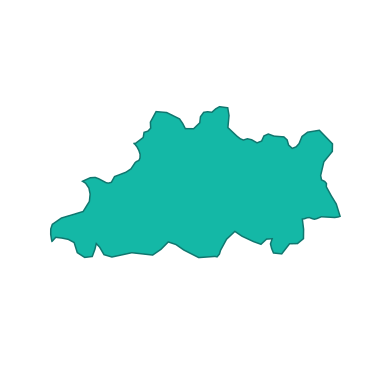 map outline of Haskovo (Natural Earth projection), rotated 161°
{"feature_id": "BGR-2232", "entity_name": "Haskovo", "entity_type": "Province", "adm_level": 1, "iso_a3": "BGR", "parent_name": "Bulgaria", "parent_adm1": "", "projection": "natural_earth1", "projection_center": [25.843, 41.878], "detail": "fine", "context": "isolated", "style": "filled", "palette": "teal", "viewbox_px": 384, "rotation_deg": 161, "n_neighbors": 0, "source": "natural_earth", "source_scale": "10m", "svg_char_len": 1746}
<svg xmlns="http://www.w3.org/2000/svg" viewBox="0 0 384 384"><g transform="rotate(161 192 192)"><path d="M340.5,190.9L340.3,192.9L339.4,197.9L337.6,203.0L334.6,206.9L324.0,209.9L301.3,209.0L292.1,216.5L289.0,223.2L288.2,229.3L289.7,234.9L292.0,237.8L283.5,238.6L278.8,237.3L276.0,235.0L270.1,228.7L268.2,227.6L265.1,227.4L260.2,231.8L248.1,232.2L242.2,233.7L236.2,238.3L234.6,238.9L233.1,239.0L231.6,239.4L230.1,241.1L228.8,244.5L228.7,248.5L229.3,252.5L230.4,255.8L231.4,257.1L229.8,256.3L220.4,259.4L217.9,264.0L213.9,263.9L210.3,265.8L208.6,271.6L199.8,279.7L190.1,275.4L180.0,265.2L178.5,259.8L177.7,254.1L169.9,251.3L162.1,254.9L159.5,260.4L155.0,263.5L151.1,262.8L147.3,260.9L142.5,262.9L138.2,263.7L130.8,260.0L132.1,252.3L137.1,241.2L131.3,230.1L129.0,226.6L126.5,224.4L122.3,224.3L118.6,222.0L114.5,217.3L109.6,217.5L105.7,221.6L101.0,222.0L96.2,218.1L87.2,214.2L85.1,210.3L85.4,204.9L83.0,200.6L78.8,200.8L75.0,202.9L69.9,208.7L63.2,210.9L51.5,208.9L43.5,191.8L46.1,184.7L57.5,177.6L65.0,165.7L65.6,161.3L63.1,158.8L62.1,156.3L63.3,153.2L61.6,143.2L59.5,133.7L59.9,120.8L61.9,120.8L65.3,121.4L69.9,123.3L77.8,126.5L82.6,126.2L85.1,126.4L86.8,127.5L89.3,129.6L91.8,130.2L94.2,130.1L96.5,130.5L98.6,120.5L101.8,111.6L109.1,108.9L116.6,111.3L127.3,104.3L134.8,107.8L135.1,112.6L134.7,117.4L131.4,121.7L136.9,123.2L143.8,120.1L149.9,125.0L159.1,133.9L164.3,140.8L174.7,136.1L183.9,127.7L186.3,124.4L189.4,122.5L191.2,123.6L207.0,127.8L218.6,139.8L224.3,147.6L230.7,152.5L240.0,147.9L249.7,145.2L268.7,154.2L288.9,156.6L295.6,161.4L297.3,170.0L299.3,174.4L302.5,169.4L307.3,163.5L314.8,165.1L320.2,172.0L319.9,182.6L324.4,187.5L330.0,190.8L335.6,193.5L340.4,190.9L340.5,190.9Z" fill="#14b8a6" stroke="#0f766e" stroke-width="1.5"/></g></svg>